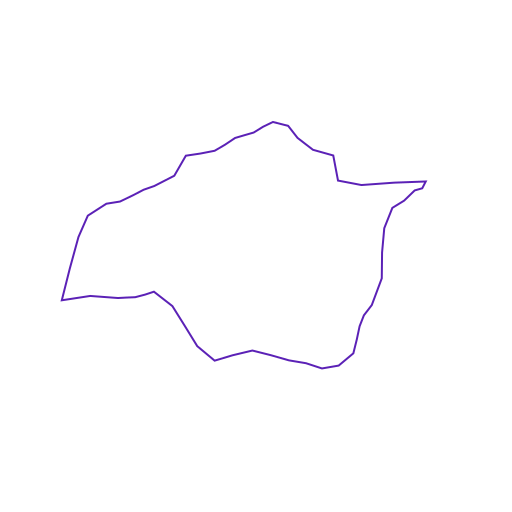 map outline of Şəmkir (orthographic projection), rotated 231°
{"feature_id": "AZE-1685", "entity_name": "Şəmkir", "entity_type": "District", "adm_level": 1, "iso_a3": "AZE", "parent_name": "Azerbaijan", "parent_adm1": "", "projection": "orthographic", "projection_center": [46.049, 40.847], "detail": "fine", "context": "isolated", "style": "outline", "palette": "violet", "viewbox_px": 512, "rotation_deg": 231, "n_neighbors": 0, "source": "natural_earth", "source_scale": "10m", "svg_char_len": 849}
<svg xmlns="http://www.w3.org/2000/svg" viewBox="0 0 512 512"><g transform="rotate(231 256 256)"><path d="M378.1,264.6L370.6,277.3L363.8,290.1L362.0,301.9L360.9,314.0L357.2,322.9L353.4,331.9L352.0,342.8L349.5,353.5L336.9,362.9L321.6,362.6L302.7,367.1L285.5,379.3L263.0,367.2L244.8,382.6L226.0,409.6L207.1,434.8L204.0,427.8L207.1,420.6L205.8,405.9L207.6,392.3L196.9,373.2L179.4,356.2L159.5,339.7L145.0,315.1L142.0,302.5L136.2,292.3L127.7,281.8L119.1,270.4L118.8,251.3L127.1,236.5L141.2,227.4L154.2,215.9L169.6,205.1L184.8,193.7L193.6,175.3L200.7,158.0L222.9,153.6L246.0,156.6L269.7,159.5L292.5,154.2L295.8,145.5L300.0,136.2L305.2,129.2L310.2,122.3L329.3,102.0L343.8,77.2L363.5,103.5L382.5,130.0L393.2,150.7L390.8,172.6L383.9,184.6L380.5,199.1L378.2,210.4L374.4,221.0L369.8,243.0L378.1,264.6Z" fill="none" stroke="#5b21b6" stroke-width="2"/></g></svg>